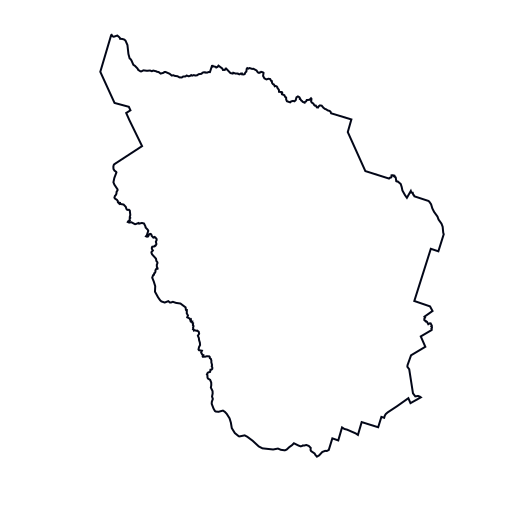 Etheridge, Queensland, Australia, rotated 12°
{"feature_id": "25037944B75577230273205", "entity_name": "Etheridge", "entity_type": "district", "adm_level": 2, "iso_a3": "AUS", "parent_name": "Australia", "parent_adm1": "Queensland", "projection": "natural_earth1", "projection_center": [143.382, -18.563], "detail": "fine", "context": "isolated", "style": "outline", "palette": "ink", "viewbox_px": 512, "rotation_deg": 12, "n_neighbors": 0, "source": "geoboundaries", "source_scale": "gbopen_adm2", "svg_char_len": 5970}
<svg xmlns="http://www.w3.org/2000/svg" viewBox="0 0 512 512"><g transform="rotate(12 256 256)"><path d="M68.4,70.1L65.4,108.2L85.8,135.7L100.6,136.5L102.9,139.6L99.3,143.1L103.8,149.3L121.7,172.2L99.2,194.8L98.1,196.0L97.9,196.8L97.9,198.3L98.5,200.5L99.8,201.9L101.8,202.8L102.1,203.3L101.2,209.1L101.2,213.5L102.6,215.6L106.7,219.6L106.9,220.6L106.3,222.1L106.5,224.3L106.1,225.7L105.5,226.6L105.4,228.4L106.2,229.2L108.3,230.0L109.4,231.0L109.7,232.1L111.2,233.1L111.3,232.3L111.9,232.3L112.0,233.3L115.8,233.2L118.4,235.0L119.4,236.8L120.2,237.5L120.8,237.6L122.1,237.2L123.1,237.8L124.5,242.0L124.4,244.3L125.1,244.9L124.7,245.7L124.7,246.4L125.2,247.4L123.7,248.7L123.5,249.4L125.0,249.7L127.1,248.9L130.9,250.0L131.5,249.9L134.3,248.1L134.9,248.7L137.5,247.4L139.7,247.5L141.8,250.2L142.1,251.1L144.6,252.8L145.4,253.8L144.9,258.3L144.3,259.6L145.4,259.8L146.4,259.3L146.9,257.3L147.7,256.4L148.4,256.3L149.2,256.8L149.7,257.9L151.8,259.4L152.4,259.2L152.7,258.5L153.6,258.7L155.2,260.0L155.5,261.0L155.1,262.9L156.1,265.0L156.0,265.6L155.5,266.9L154.9,267.0L154.7,267.7L152.6,268.5L152.4,269.2L152.6,270.6L154.0,272.1L153.0,273.6L153.0,274.5L154.0,276.0L158.7,279.4L159.6,281.6L160.8,282.6L161.1,283.3L160.8,285.3L161.3,287.2L162.3,288.5L162.3,289.0L161.3,289.1L160.9,289.9L160.6,291.0L160.9,292.3L160.7,293.4L160.0,294.1L160.1,295.4L159.8,296.0L159.3,296.2L159.0,298.8L161.3,302.2L163.7,306.5L164.6,311.9L168.8,316.8L171.4,319.2L172.9,320.1L176.4,320.5L179.6,318.4L181.5,319.4L182.6,319.1L184.2,318.1L187.5,318.5L192.0,318.2L197.8,320.9L198.6,323.2L198.9,323.5L199.6,323.3L200.2,326.5L201.8,328.3L201.5,330.3L204.0,330.9L204.7,331.9L205.4,331.4L205.8,332.5L205.7,333.6L206.0,333.8L207.3,333.4L207.4,334.3L208.4,334.8L208.2,335.4L208.7,336.2L208.7,336.9L209.4,337.4L209.5,337.9L209.3,339.0L209.7,340.0L209.6,340.8L210.5,341.1L210.8,341.8L211.4,341.4L213.5,341.5L214.0,341.2L215.7,342.0L216.5,343.7L216.4,344.4L215.7,346.0L217.2,348.2L217.8,350.1L219.1,352.4L219.8,354.7L219.2,356.9L219.2,359.4L219.8,360.0L222.8,359.9L222.4,361.8L223.9,363.6L225.1,363.9L224.7,365.3L224.9,365.6L227.4,365.0L228.6,364.3L231.1,363.9L231.7,364.3L232.1,365.5L233.2,366.0L234.1,367.6L234.4,369.2L235.7,371.8L235.6,373.1L236.4,374.0L236.7,375.4L236.1,376.4L235.1,376.7L235.2,378.9L233.5,379.8L233.0,380.4L232.6,382.1L233.2,382.5L233.8,384.9L234.4,385.8L236.9,386.7L238.5,389.1L239.1,391.6L239.2,394.1L241.6,397.2L242.2,399.6L242.2,402.6L243.5,404.8L243.1,407.8L243.4,409.8L246.2,414.1L248.1,416.2L249.0,416.5L251.7,416.2L255.8,414.1L257.9,414.9L260.2,416.5L263.9,420.3L266.1,424.3L268.1,429.4L272.1,433.6L276.6,435.9L277.4,435.9L282.2,433.8L285.0,434.6L291.1,437.4L298.3,441.7L302.3,442.8L313.0,441.7L317.5,439.8L320.6,440.4L324.6,440.1L326.2,439.0L328.3,436.0L330.6,433.5L332.0,431.3L337.1,432.6L339.3,432.9L340.6,432.2L341.3,431.5L342.3,431.5L344.5,430.4L347.1,430.8L349.4,432.3L349.7,434.4L350.5,435.4L354.4,437.0L355.3,438.1L357.3,439.6L359.2,437.9L361.6,433.9L364.2,432.2L365.8,432.0L367.5,430.6L368.6,418.5L374.8,419.3L375.8,405.8L378.4,406.8L381.1,406.9L390.4,408.8L392.9,409.8L393.9,396.5L411.1,398.1L412.1,387.3L415.0,387.6L415.2,385.3L415.8,383.6L417.3,381.6L425.2,373.6L434.6,363.4L437.7,367.8L446.6,360.0L445.5,359.5L443.6,359.2L441.0,360.2L438.1,357.7L429.4,334.9L427.1,332.9L426.9,331.3L428.3,320.9L440.5,309.6L433.9,300.4L443.2,291.9L443.1,291.0L442.7,290.6L443.0,289.8L442.9,288.9L442.1,288.5L442.4,287.5L440.8,285.6L440.0,285.7L438.7,286.9L436.9,284.8L435.8,284.8L435.5,284.2L434.8,284.2L433.9,283.6L433.7,282.0L434.2,281.1L433.4,280.3L440.1,273.1L436.7,269.1L420.2,267.1L425.5,212.6L433.4,213.5L435.1,195.7L434.3,194.3L432.5,188.6L430.7,185.8L427.0,182.4L425.3,179.7L421.0,175.8L418.6,172.8L416.5,169.0L414.4,167.0L413.3,166.3L398.5,164.7L398.0,163.8L397.5,163.7L396.9,163.1L396.1,161.5L394.8,161.7L393.9,160.2L391.5,167.7L389.1,165.5L385.6,161.5L384.2,158.3L382.6,155.5L379.3,153.7L378.6,153.9L378.0,153.4L377.6,153.5L376.3,150.1L375.6,149.8L374.7,148.6L374.1,148.6L374.1,149.2L372.9,148.6L371.8,148.9L372.0,150.7L371.6,151.3L370.5,151.7L370.0,152.6L345.3,150.2L320.0,115.7L320.9,102.6L299.8,100.8L298.9,99.4L297.8,98.8L296.0,98.7L293.9,97.9L292.8,97.8L291.0,96.9L289.0,95.3L287.2,95.4L286.1,96.7L285.9,97.8L284.7,98.0L283.1,96.4L282.4,96.7L281.6,96.3L280.4,95.0L278.6,94.3L277.8,93.4L277.6,90.8L277.0,90.3L275.8,92.1L273.2,92.9L272.9,94.3L271.6,95.4L271.6,95.9L269.6,95.5L268.8,94.8L267.9,94.5L266.6,93.1L266.2,93.2L265.9,92.2L265.4,91.7L263.8,91.2L262.6,92.4L262.4,95.4L261.4,96.7L260.0,96.6L258.2,97.5L257.5,98.6L254.1,98.2L253.0,96.7L252.5,94.7L251.4,94.3L250.3,92.8L247.8,92.4L247.3,91.4L247.7,90.9L247.2,90.3L244.4,90.6L243.8,88.7L241.9,87.0L241.7,86.4L240.9,85.8L239.4,85.6L239.0,86.0L237.8,84.5L236.9,84.4L235.7,83.3L235.1,81.6L234.3,81.5L233.1,80.0L231.4,80.0L229.5,81.1L227.3,80.5L225.5,78.4L225.3,75.3L224.5,74.9L222.7,74.8L222.1,75.6L221.4,75.7L220.9,76.3L219.6,76.0L217.9,74.4L214.5,73.4L213.4,73.8L210.6,73.5L209.6,74.3L208.4,74.0L208.0,74.9L208.2,77.6L207.4,78.8L207.1,80.4L206.2,81.0L204.6,81.2L204.3,80.4L203.2,80.7L202.2,81.7L200.9,81.7L200.3,81.3L198.1,81.8L195.6,81.5L195.3,82.4L193.0,82.4L187.7,78.8L187.3,79.0L187.1,80.1L186.7,80.5L185.0,80.9L184.0,79.6L179.7,77.6L179.1,79.0L177.9,79.9L177.3,79.4L174.8,79.3L174.4,79.6L174.0,79.0L173.4,79.2L172.7,85.7L171.4,85.9L169.9,86.9L168.3,86.9L168.1,87.2L167.1,87.0L165.6,87.8L164.8,89.1L162.1,90.1L160.8,91.5L159.1,92.1L157.5,92.0L156.0,92.9L155.0,92.5L154.0,93.6L152.8,94.2L150.6,93.9L149.7,95.0L147.4,95.6L146.3,96.8L144.0,97.2L141.9,96.5L139.1,96.7L137.5,96.4L136.1,97.0L133.6,95.7L129.2,94.8L128.1,95.1L127.5,96.0L124.8,97.4L122.5,96.3L120.8,96.4L120.1,96.1L116.9,96.0L115.7,96.9L113.8,96.6L110.9,97.5L107.3,97.8L105.4,99.3L104.6,99.4L102.0,98.4L101.2,97.3L98.1,95.2L96.3,94.5L93.5,90.6L92.5,89.6L91.3,89.0L89.2,84.9L86.4,76.4L83.6,72.5L82.2,71.7L80.2,71.5L77.9,71.8L77.6,71.1L76.7,70.4L74.5,69.2L71.3,71.1L70.0,70.9L68.8,69.7L68.4,70.1Z" fill="none" stroke="#020617" stroke-width="2"/></g></svg>